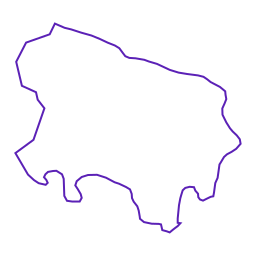 Upplands-Bro, Stockholm, Sweden (Robinson projection)
{"feature_id": "70781695B36454711221889", "entity_name": "Upplands-Bro", "entity_type": "district", "adm_level": 2, "iso_a3": "SWE", "parent_name": "Sweden", "parent_adm1": "Stockholm", "projection": "robinson", "projection_center": [17.683, 59.545], "detail": "fine", "context": "isolated", "style": "outline", "palette": "violet", "viewbox_px": 256, "rotation_deg": 0, "n_neighbors": 0, "source": "geoboundaries", "source_scale": "gbopen_adm2", "svg_char_len": 1515}
<svg xmlns="http://www.w3.org/2000/svg" viewBox="0 0 256 256"><path d="M15.4,153.1L28.0,174.6L34.0,180.1L38.7,183.2L45.7,184.8L47.7,182.8L46.3,179.9L44.0,177.2L45.4,174.3L48.0,171.9L53.0,171.0L56.4,170.8L62.0,174.3L63.7,178.8L64.0,187.2L64.3,195.9L67.0,200.8L72.0,201.5L79.7,201.5L81.7,197.9L80.7,194.1L77.7,189.0L75.3,185.4L76.7,181.2L81.7,177.0L88.0,175.0L97.0,174.8L106.0,177.7L114.7,182.3L119.0,183.7L126.0,187.0L130.0,189.4L131.7,193.9L132.0,198.1L133.7,201.7L137.3,206.3L138.7,210.6L139.7,216.4L140.0,218.8L144.0,222.1L151.7,223.7L158.7,223.9L161.0,224.4L162.3,230.1L166.7,231.3L169.7,232.4L172.7,229.9L175.0,228.1L177.7,226.1L180.4,223.2L177.7,222.8L177.7,218.6L179.0,205.2L180.3,198.3L181.3,194.8L182.7,190.3L185.3,187.9L189.7,186.8L194.0,187.2L195.3,190.6L198.0,193.7L198.3,197.2L200.0,199.5L203.0,200.6L207.0,198.6L210.7,196.8L213.3,196.3L214.0,192.6L215.3,183.0L217.6,177.9L219.5,164.4L220.0,163.7L224.0,157.0L227.0,154.3L231.5,151.9L236.2,148.8L240.6,143.8L239.8,139.3L236.8,135.4L232.7,131.5L230.0,128.3L226.3,122.4L222.5,114.7L222.3,108.5L224.6,103.4L226.3,99.1L225.7,95.6L225.6,95.3L225.2,91.3L219.9,86.9L210.7,82.1L206.9,79.1L203.5,76.8L198.0,75.4L187.1,74.0L178.6,72.6L169.8,69.9L157.0,63.9L148.9,61.5L144.3,59.8L135.5,58.3L129.3,57.9L125.3,56.2L122.7,52.8L119.3,48.2L114.9,45.5L107.8,42.7L99.7,38.9L91.4,35.5L81.4,32.7L71.2,29.4L64.6,27.8L54.9,23.6L49.7,34.3L26.1,42.6L16.2,61.8L21.9,85.8L36.0,92.2L37.7,99.7L44.4,108.3L33.5,139.8L15.4,153.1Z" fill="none" stroke="#5b21b6" stroke-width="2"/></svg>